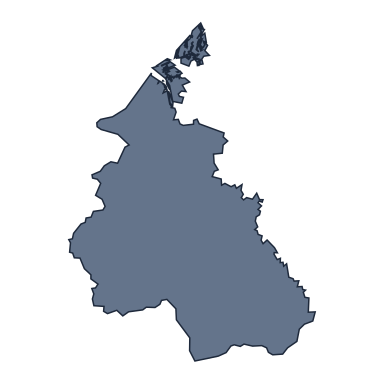 outline of Eloy Alfaro, Esmeraldas, Ecuador
{"feature_id": "8360857B46981965589636", "entity_name": "Eloy Alfaro", "entity_type": "district", "adm_level": 2, "iso_a3": "ECU", "parent_name": "Ecuador", "parent_adm1": "Esmeraldas", "projection": "orthographic", "projection_center": [-78.985, 0.866], "detail": "fine", "context": "isolated", "style": "filled", "palette": "slate", "viewbox_px": 384, "rotation_deg": 0, "n_neighbors": 0, "source": "geoboundaries", "source_scale": "gbopen_adm2", "svg_char_len": 5781}
<svg xmlns="http://www.w3.org/2000/svg" viewBox="0 0 384 384"><path d="M312.8,321.0L315.2,311.9L308.3,312.2L308.9,298.0L304.9,297.3L303.3,292.2L305.5,290.1L302.7,289.5L302.1,286.5L297.3,286.8L298.8,280.8L294.1,281.1L293.1,278.7L288.8,277.2L286.6,263.8L283.7,266.2L283.0,262.3L280.2,262.6L280.4,258.3L277.2,259.6L274.0,254.2L274.2,252.6L277.4,252.8L274.5,247.7L267.1,240.0L263.1,243.7L261.1,240.2L262.1,235.9L258.1,234.4L257.1,230.7L254.7,229.6L257.7,226.9L255.3,221.2L256.2,216.8L259.5,214.8L260.4,211.2L258.0,209.4L261.5,205.9L258.0,202.8L259.1,201.1L262.2,202.1L263.0,199.7L259.5,199.6L256.7,193.2L252.5,199.2L246.6,197.6L243.6,199.9L241.3,197.6L243.3,194.3L241.0,190.4L242.0,184.6L236.4,188.3L234.8,184.8L231.1,186.7L224.9,183.4L221.6,185.2L221.2,179.0L212.2,176.6L214.3,171.3L218.2,169.8L214.1,163.1L213.5,154.1L222.3,153.2L223.1,145.0L227.7,141.0L223.2,137.0L224.1,133.0L199.2,123.8L197.0,119.1L193.6,120.4L193.5,124.2L183.2,125.4L180.0,123.9L178.3,119.4L173.5,119.8L176.1,112.1L174.8,108.3L170.5,107.5L172.3,107.0L169.8,104.3L167.2,90.8L163.2,92.9L164.4,89.8L166.6,89.5L164.7,87.7L164.1,84.5L163.4,84.4L161.7,82.3L159.6,81.1L159.1,82.0L158.4,82.3L158.5,82.6L158.3,83.2L157.9,83.4L158.3,82.2L159.3,81.0L151.1,75.5L151.5,73.0L125.7,108.6L112.5,116.8L100.5,119.4L96.8,122.8L97.1,126.7L101.1,129.5L117.9,134.3L129.1,145.0L125.0,147.2L117.6,163.2L110.9,161.8L104.3,165.8L100.3,171.3L92.0,174.8L92.6,178.1L97.3,179.2L100.7,183.3L95.6,195.3L102.1,199.3L105.1,206.4L102.9,210.0L93.4,211.4L91.1,217.1L86.1,218.0L85.2,222.4L81.0,224.0L73.6,233.3L72.4,238.8L68.8,239.6L70.5,242.8L69.6,252.2L72.7,253.1L74.3,257.8L80.0,258.1L84.4,268.7L90.9,274.8L90.9,278.9L98.0,284.1L95.5,287.9L91.8,288.5L93.8,293.9L92.4,299.0L93.9,305.7L104.0,306.4L103.6,311.3L107.5,313.6L116.8,310.3L122.8,315.9L128.6,311.8L142.7,309.9L146.3,307.2L155.0,307.5L159.9,304.3L161.5,300.4L166.9,299.4L175.9,308.8L176.4,319.8L189.8,337.9L189.6,350.7L194.9,361.0L218.3,356.1L226.1,352.6L230.9,346.0L234.2,344.8L240.3,346.4L244.0,344.1L252.6,346.1L261.8,345.6L266.6,347.8L268.4,352.3L272.7,354.8L282.7,354.1L287.6,347.8L296.9,341.4L299.3,329.2L304.4,324.2L312.8,321.0ZM202.3,26.5L200.7,23.0L192.5,30.7L191.1,35.5L191.8,35.0L192.6,36.1L192.1,38.0L191.6,35.2L190.0,38.7L187.1,41.3L187.2,44.9L186.1,45.8L186.2,46.0L187.2,46.0L187.5,46.3L187.0,47.9L185.9,46.0L184.8,47.8L186.8,44.0L184.1,46.1L186.6,42.0L184.5,43.3L190.3,35.0L176.5,50.4L174.5,58.1L175.5,57.5L176.5,53.4L178.6,49.1L179.3,48.7L176.8,58.2L178.8,57.7L178.3,56.7L178.1,55.0L179.1,58.0L184.7,55.9L183.9,55.1L183.9,53.5L184.7,51.4L185.1,50.9L184.1,55.1L188.3,58.4L188.4,57.1L186.5,56.1L186.2,54.7L189.4,54.0L188.2,51.9L188.8,51.3L190.3,51.3L191.1,46.8L192.5,45.8L191.6,44.1L191.5,43.2L193.4,41.6L191.8,44.0L193.3,45.8L190.6,51.4L188.5,52.0L189.7,54.0L186.4,55.6L188.6,56.8L189.0,58.8L190.4,54.3L191.7,52.4L196.9,55.7L197.3,54.1L198.8,54.3L197.2,56.0L195.3,55.2L195.4,56.5L193.5,57.9L195.0,57.4L199.0,59.0L196.1,59.5L194.1,58.8L196.9,62.0L198.6,61.0L199.3,61.9L199.3,60.5L200.6,60.4L199.3,62.0L197.0,62.1L197.4,65.6L199.6,65.3L198.2,64.9L200.0,62.5L200.2,64.5L203.0,63.9L201.8,59.1L203.8,56.2L209.4,55.4L204.8,50.6L207.6,45.3L203.9,41.8L204.8,45.0L203.0,47.7L202.5,48.0L201.2,46.6L199.9,47.3L200.1,48.2L201.2,48.5L201.5,48.8L201.0,50.1L202.1,50.1L200.8,50.9L199.8,47.9L200.1,43.7L196.7,49.0L198.8,51.9L196.2,49.6L197.3,45.6L201.8,39.3L200.7,39.8L199.4,39.3L199.3,41.6L198.2,41.6L198.6,42.7L197.5,43.4L197.9,41.9L199.2,39.2L201.2,39.2L200.3,36.5L204.4,29.5L199.9,28.5L200.9,30.0L201.4,32.1L196.9,38.8L201.2,32.0L199.5,28.4L202.7,27.9L200.7,25.7L200.5,26.3L199.6,26.0L199.9,26.7L199.8,26.9L198.8,26.8L199.4,27.2L198.9,27.7L198.7,26.9L198.8,26.7L199.1,26.6L199.8,26.8L199.6,26.0L200.5,25.6L202.3,26.5ZM167.8,76.8L165.7,79.0L169.6,85.4L172.7,101.4L181.8,103.2L183.5,97.3L179.4,96.4L178.3,94.0L181.5,91.1L186.0,91.6L182.3,85.1L189.6,82.0L184.9,78.0L181.9,78.2L179.6,76.8L179.4,79.3L179.1,77.0L176.2,76.8L176.0,76.2L173.7,78.2L172.9,77.5L172.7,76.7L171.4,77.9L171.1,77.7L170.8,76.7L170.2,76.8L169.6,78.2L168.9,78.5L169.1,79.0L169.9,78.1L170.7,78.1L171.0,78.3L170.6,79.4L171.4,79.4L171.3,81.4L171.5,81.3L171.5,80.6L171.9,80.0L172.7,80.1L171.8,80.3L171.7,81.4L171.3,81.5L170.3,80.0L170.7,78.3L169.0,79.3L167.8,76.8ZM167.3,58.7L155.9,66.2L158.6,65.9L152.3,67.8L165.4,78.4L167.8,75.5L165.3,73.9L165.4,72.8L165.8,72.3L167.8,71.8L166.3,69.5L165.4,70.9L164.1,70.7L164.1,71.4L163.6,72.2L163.0,72.0L164.1,70.6L165.3,70.8L163.1,69.9L175.1,65.2L170.1,61.7L168.4,63.3L166.7,63.9L167.2,65.5L166.4,66.2L167.3,66.6L167.2,67.0L166.4,67.4L165.6,67.2L165.2,67.7L162.9,68.4L165.5,67.1L167.2,66.8L166.2,66.4L166.5,64.1L167.0,63.3L168.3,63.2L168.2,62.5L162.2,65.8L161.8,65.9L161.6,65.4L161.0,65.6L169.4,61.6L169.6,60.0L165.4,60.6L170.0,59.8L167.3,58.7ZM174.4,67.2L167.9,69.6L169.5,71.5L165.7,72.9L169.5,75.6L168.9,78.2L171.0,75.9L171.2,77.7L172.9,76.5L173.7,78.1L174.9,76.2L176.0,76.1L176.4,76.6L176.5,75.2L177.2,74.9L177.8,75.0L178.3,75.3L178.6,75.9L178.6,76.3L177.7,76.4L179.1,76.9L178.7,75.1L182.0,73.3L180.1,71.2L178.7,72.3L177.7,72.5L176.8,71.9L179.7,71.2L174.4,67.2ZM195.3,56.5L191.4,53.3L192.2,55.1L190.9,54.2L190.4,57.4L188.7,59.4L185.3,56.9L181.0,58.4L181.0,63.1L188.9,66.1L191.0,61.0L193.8,59.6L193.4,57.6L195.3,56.5ZM204.8,33.2L200.7,36.8L202.1,39.5L200.2,45.0L202.7,47.8L204.7,45.0L203.5,41.9L205.1,41.5L206.5,43.3L204.8,33.2ZM172.7,105.7L173.0,102.6L168.5,90.9L170.0,103.0L172.7,105.7ZM169.8,89.9L169.2,85.3L166.6,82.7L166.7,84.0L169.8,89.9ZM166.7,88.8L166.2,86.6L165.2,85.4L165.0,87.4L166.7,88.8ZM179.6,76.4L180.1,75.1L178.8,75.1L179.6,76.4ZM178.5,76.1L176.7,75.2L176.6,76.3L178.5,76.1ZM194.4,58.5L196.2,58.8L194.9,57.6L194.4,58.5ZM163.3,84.2L163.9,84.0L162.6,83.0L163.3,84.2ZM162.9,81.1L163.4,81.0L162.5,80.0L162.9,81.1Z" fill="#64748b" stroke="#1e293b" stroke-width="1.5"/></svg>